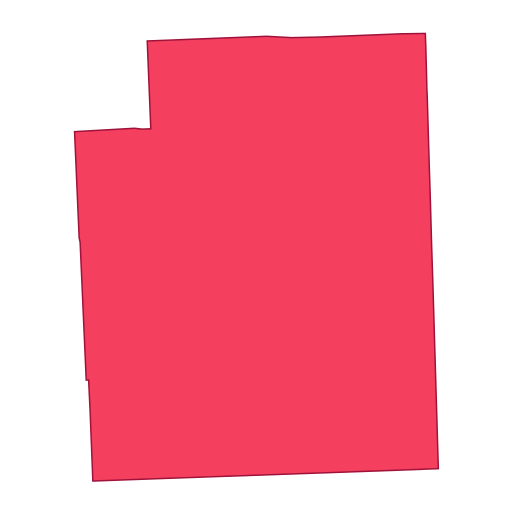 Catron, New Mexico, United States of America (orthographic projection), rotated 178°
{"feature_id": "52423323B25114965344080", "entity_name": "Catron", "entity_type": "district", "adm_level": 2, "iso_a3": "USA", "parent_name": "United States of America", "parent_adm1": "New Mexico", "projection": "orthographic", "projection_center": [-108.593, 33.89], "detail": "fine", "context": "isolated", "style": "filled", "palette": "rose", "viewbox_px": 512, "rotation_deg": 178, "n_neighbors": 0, "source": "geoboundaries", "source_scale": "gbopen_adm2", "svg_char_len": 555}
<svg xmlns="http://www.w3.org/2000/svg" viewBox="0 0 512 512"><g transform="rotate(178 256 256)"><path d="M79.9,291.6L79.8,303.7L79.7,340.3L79.3,408.7L79.4,419.7L79.3,420.5L79.3,421.5L79.3,422.7L79.3,422.8L79.0,459.4L79.0,472.5L103.1,473.0L185.5,472.6L213.0,473.0L237.8,475.2L357.2,474.7L356.7,386.8L365.4,386.8L373.1,387.9L433.0,386.6L432.1,280.3L431.3,275.8L430.0,137.9L427.6,137.9L427.2,105.9L426.9,36.8L352.1,36.9L97.6,37.0L96.8,37.1L81.2,37.1L81.1,55.1L80.2,221.1L80.1,260.8L79.9,291.6Z" fill="#f43f5e" stroke="#9f1239" stroke-width="1.5"/></g></svg>